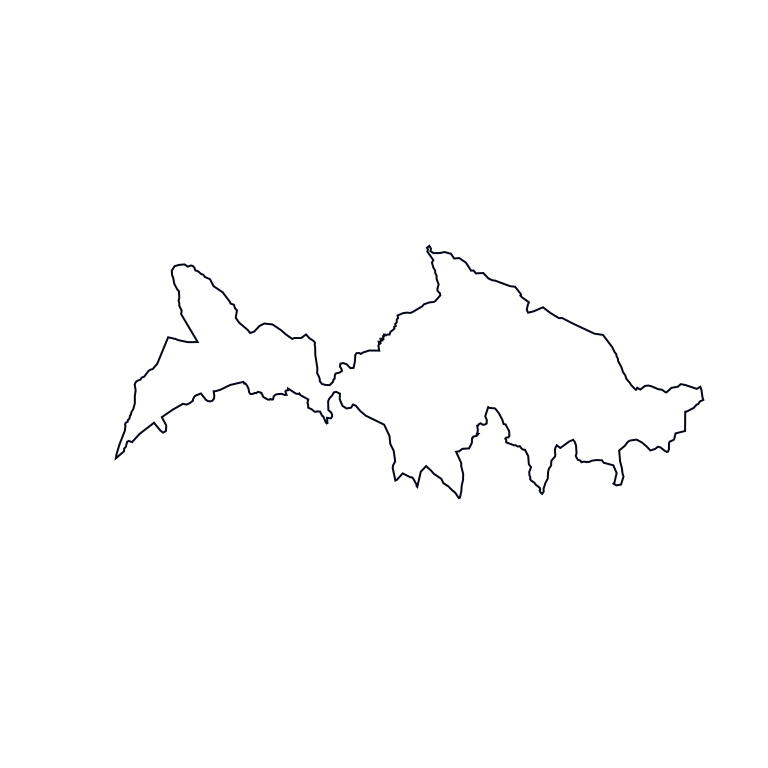 the district of Yilo Krobo, Eastern, Ghana, rotated 148°
{"feature_id": "2480657B63323125119927", "entity_name": "Yilo Krobo", "entity_type": "district", "adm_level": 2, "iso_a3": "GHA", "parent_name": "Ghana", "parent_adm1": "Eastern", "projection": "equal_earth", "projection_center": [-0.125, 6.157], "detail": "fine", "context": "isolated", "style": "outline", "palette": "ink", "viewbox_px": 768, "rotation_deg": 148, "n_neighbors": 0, "source": "geoboundaries", "source_scale": "gbopen_adm2", "svg_char_len": 6166}
<svg xmlns="http://www.w3.org/2000/svg" viewBox="0 0 768 768"><g transform="rotate(148 384 384)"><path d="M650.7,463.1L640.1,464.7L638.6,466.9L636.1,467.6L632.5,471.1L630.7,471.0L628.4,468.2L617.8,471.2L599.6,473.0L598.3,463.0L597.1,459.8L593.7,459.8L590.6,464.3L590.0,473.6L576.8,474.2L565.0,473.7L562.2,471.1L558.9,470.7L554.9,471.1L554.1,472.2L551.7,473.7L549.9,474.0L544.3,473.0L543.4,464.9L542.3,462.7L540.4,461.2L538.2,460.8L535.9,461.7L534.3,463.7L532.3,468.1L530.2,467.0L525.7,465.8L515.0,464.7L502.1,460.3L502.3,458.3L501.3,458.0L501.0,455.1L501.4,451.8L502.8,448.2L502.6,446.3L500.5,445.1L498.2,444.9L497.4,444.0L495.1,444.1L493.5,442.6L492.6,441.0L493.0,440.4L492.8,439.1L493.3,438.1L493.0,436.4L491.0,432.7L489.5,431.4L488.2,431.5L487.5,430.2L486.3,429.8L483.9,432.1L481.6,432.4L479.7,431.9L475.8,429.7L473.9,427.2L472.4,426.4L471.5,430.1L470.4,430.3L468.7,429.6L467.8,431.0L463.7,422.4L461.9,420.9L460.8,420.9L460.7,418.7L456.4,411.0L458.9,408.6L459.4,406.5L460.8,404.1L458.7,400.8L457.8,398.0L456.9,396.6L455.5,396.4L452.9,394.5L453.3,389.7L452.7,388.6L453.7,382.4L453.5,380.9L452.7,380.8L450.2,385.5L448.1,383.6L446.8,383.1L445.2,384.0L444.2,385.6L443.9,387.9L445.0,391.4L440.5,399.0L437.9,400.7L433.7,401.9L431.1,403.4L428.8,402.8L426.5,399.2L429.6,394.6L430.8,387.4L428.7,383.1L424.5,381.4L421.1,383.0L419.4,380.4L418.5,374.0L416.3,366.9L405.4,349.4L406.9,337.0L410.4,329.9L411.2,322.1L415.5,312.5L419.4,310.2L421.1,308.3L425.5,296.1L423.9,295.9L415.5,298.3L411.1,291.0L409.7,290.0L409.3,288.2L409.7,281.5L410.5,280.1L410.3,279.1L399.3,290.1L391.8,292.1L389.9,285.3L389.4,281.7L385.6,273.0L386.2,268.5L383.7,263.2L382.5,257.7L381.2,254.0L381.0,247.6L379.8,247.4L375.3,252.0L372.0,256.6L367.7,260.9L364.5,265.8L362.1,273.3L360.4,276.0L358.8,288.3L355.9,287.1L351.9,287.5L345.9,284.3L340.7,287.5L337.9,291.5L337.2,291.4L336.2,292.1L332.9,290.9L330.4,291.7L331.6,292.6L330.0,293.7L328.5,295.8L327.1,299.2L326.4,298.8L324.7,299.7L322.8,299.4L322.0,297.3L320.3,296.2L317.9,296.1L315.9,299.0L315.2,303.0L307.9,309.2L307.2,307.8L303.0,304.7L302.5,302.9L302.1,298.3L302.6,291.0L303.8,286.7L302.3,285.3L302.9,277.6L305.2,273.5L306.7,272.8L308.8,273.8L310.1,273.4L310.0,271.8L311.3,269.8L306.3,263.2L304.7,262.2L303.8,260.2L301.8,259.3L301.6,256.7L301.0,254.8L299.3,253.5L299.9,246.5L303.7,239.1L303.4,235.5L307.5,232.4L309.1,229.3L309.4,227.0L310.5,226.0L310.4,224.2L308.8,220.6L308.6,218.2L306.9,213.2L307.4,211.8L308.4,211.2L308.8,209.2L308.1,207.0L305.6,208.1L304.3,210.5L299.7,214.4L295.3,217.0L291.4,222.5L289.2,224.7L285.5,226.3L282.8,230.2L277.3,231.9L276.1,233.4L274.2,237.3L272.3,239.2L269.9,240.5L268.4,236.3L257.4,237.1L253.1,236.4L252.9,233.7L253.7,230.2L257.5,223.1L259.3,221.6L259.7,220.4L259.7,216.9L258.0,214.9L258.1,213.1L254.9,211.8L253.8,210.4L252.7,210.2L251.7,209.3L248.4,208.8L244.4,207.1L239.7,203.9L239.4,200.8L232.6,193.5L233.9,185.2L240.7,178.4L242.2,177.9L240.7,174.9L236.3,173.1L230.0,178.5L229.1,181.8L226.7,187.0L224.8,193.2L219.8,203.0L212.4,204.0L208.0,205.7L205.4,205.7L199.3,203.0L196.2,197.7L194.3,191.5L193.3,186.5L188.3,185.2L185.0,185.7L183.2,183.9L181.3,178.5L180.2,176.6L179.1,176.1L177.1,177.5L173.4,183.1L172.0,183.7L168.0,183.1L166.9,183.7L162.9,187.6L153.6,184.6L143.2,200.9L141.9,200.2L134.0,199.6L130.0,200.8L128.1,200.5L125.2,201.8L121.6,201.3L121.0,203.9L117.7,211.3L117.3,214.1L121.3,214.1L129.2,223.7L132.4,226.6L136.3,226.0L142.2,228.4L149.0,227.2L149.6,227.7L151.2,231.7L154.3,234.4L158.2,240.1L160.7,242.7L163.8,244.0L169.6,243.5L171.2,246.6L173.0,245.5L173.6,245.7L175.0,252.3L174.9,254.5L175.7,260.2L174.8,263.4L175.0,267.5L173.7,272.7L173.3,279.5L172.2,281.7L172.1,284.1L171.2,286.3L171.5,288.9L170.9,294.1L172.3,309.6L178.8,315.1L191.5,334.7L197.9,345.5L200.8,347.2L205.3,356.2L208.5,364.8L218.9,366.4L224.0,368.1L223.6,371.3L220.0,375.0L217.8,376.5L220.9,384.0L221.5,386.6L220.6,386.9L220.3,387.8L221.3,397.0L225.3,400.2L235.1,412.9L237.2,414.6L239.5,418.2L241.0,425.5L247.4,429.1L247.9,432.8L250.1,434.0L250.2,443.4L253.5,451.0L258.0,453.2L258.2,458.9L262.8,463.9L267.4,465.5L272.7,468.8L274.2,472.1L272.5,473.8L272.3,477.1L275.3,476.8L275.5,474.7L277.1,473.3L276.5,463.0L279.0,461.6L280.4,456.8L280.6,452.9L281.8,450.8L282.0,448.0L283.7,445.3L284.9,439.5L288.5,436.2L289.2,434.5L288.5,431.2L289.3,429.3L296.9,427.1L298.3,427.2L302.2,429.1L307.7,430.4L310.6,429.6L322.0,429.9L324.0,430.3L327.1,432.6L330.3,434.0L336.2,434.9L337.1,432.4L338.9,432.0L340.6,429.5L342.6,429.0L343.4,426.9L345.1,427.1L345.9,425.4L351.1,424.7L353.1,423.0L354.8,424.1L356.6,424.2L357.2,424.8L357.0,425.5L357.8,426.0L358.8,424.5L359.6,425.0L360.8,422.2L361.4,422.3L362.0,423.3L362.4,422.3L363.2,423.5L363.5,422.2L364.3,421.7L365.7,422.5L365.4,420.4L365.9,420.3L366.7,421.3L367.2,420.2L368.5,419.4L370.3,414.8L378.7,420.2L385.0,421.8L387.8,421.8L388.5,423.3L390.8,424.7L393.0,423.8L396.9,418.3L401.3,413.8L404.1,415.3L405.2,420.6L407.6,423.4L410.1,424.4L412.2,422.0L412.1,419.3L412.7,417.4L415.2,417.2L419.5,418.5L421.0,417.5L423.0,414.7L424.4,414.5L426.3,412.8L430.6,411.8L434.0,414.1L436.7,417.1L436.9,420.6L436.0,421.9L435.3,424.6L434.9,428.7L432.1,432.8L426.8,445.2L422.7,452.0L422.2,453.7L420.7,455.4L420.8,457.5L423.0,462.4L423.8,467.3L430.0,466.9L435.4,470.4L437.9,470.9L440.8,477.7L442.8,484.2L447.0,493.6L453.5,498.7L458.6,499.2L466.5,497.2L470.5,498.2L470.9,502.0L474.3,512.6L474.7,518.7L469.7,524.3L470.2,527.1L469.3,530.8L471.5,533.5L471.2,535.4L472.2,547.2L476.7,557.4L476.0,565.0L479.2,569.8L479.3,572.4L480.8,574.2L481.9,578.0L483.8,580.4L483.1,583.2L483.6,585.4L484.9,586.8L488.2,587.5L489.8,591.1L494.2,593.4L499.1,594.9L503.9,592.6L506.0,588.7L506.5,585.8L508.8,579.9L509.2,573.3L508.7,571.5L511.9,565.6L514.1,563.4L514.7,561.2L516.2,558.7L516.7,553.5L519.0,550.8L519.8,518.3L528.1,523.4L535.3,530.3L537.1,532.8L542.3,538.0L565.6,521.3L572.4,519.2L574.3,519.9L576.8,519.9L583.4,517.3L586.1,517.8L588.1,516.8L591.4,517.4L593.5,517.2L595.8,515.5L598.0,510.2L601.7,505.8L605.5,499.7L609.6,495.8L613.2,493.9L615.3,491.9L616.1,491.8L618.4,489.4L620.2,489.2L621.5,487.8L623.7,488.0L625.2,486.6L625.5,485.5L628.4,481.8L640.5,472.8L648.0,466.2L650.7,463.1Z" fill="none" stroke="#020617" stroke-width="2"/></g></svg>